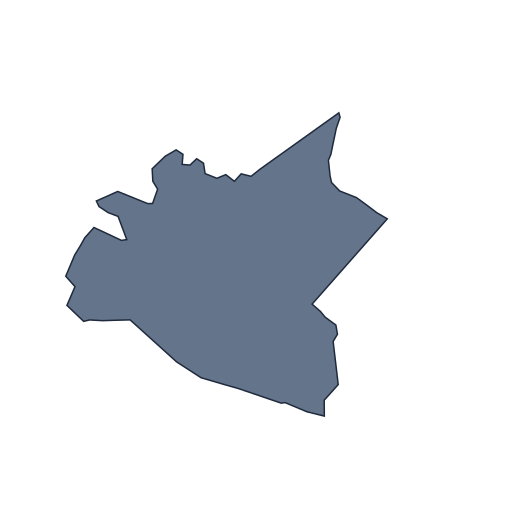 Abala, Tillabéri, Niger, rotated 131°
{"feature_id": "23599985B96366222257755", "entity_name": "Abala", "entity_type": "district", "adm_level": 2, "iso_a3": "NER", "parent_name": "Niger", "parent_adm1": "Tillabéri", "projection": "mercator", "projection_center": [3.603, 15.017], "detail": "fine", "context": "isolated", "style": "filled", "palette": "slate", "viewbox_px": 512, "rotation_deg": 131, "n_neighbors": 0, "source": "geoboundaries", "source_scale": "gbopen_adm2", "svg_char_len": 995}
<svg xmlns="http://www.w3.org/2000/svg" viewBox="0 0 512 512"><g transform="rotate(131 256 256)"><path d="M93.6,287.4L188.1,310.0L199.1,312.0L203.7,321.1L213.8,321.3L214.4,332.2L223.0,336.5L227.2,348.5L220.4,356.5L221.5,364.6L230.7,365.5L235.3,371.8L227.2,377.8L228.3,385.9L240.3,390.0L258.3,391.6L267.3,382.9L270.1,374.1L284.2,368.5L287.5,372.1L298.0,402.7L319.2,412.6L321.7,406.9L320.3,396.1L316.6,386.1L328.4,364.3L332.5,367.8L340.8,397.0L354.4,397.2L363.5,395.3L374.2,393.5L396.1,386.3L397.9,372.5L417.3,366.3L418.4,343.2L413.4,339.6L405.8,329.8L404.3,328.1L397.7,321.0L386.8,309.1L388.0,246.4L383.9,217.5L373.6,195.1L367.8,182.8L350.5,140.4L347.6,137.9L340.1,115.2L332.0,99.4L320.1,109.9L299.1,109.6L269.9,141.7L261.6,143.2L255.7,150.4L256.8,163.8L255.6,170.7L255.5,182.1L141.8,181.3L144.1,193.4L144.8,204.3L146.0,218.4L152.0,235.5L151.0,247.2L146.9,252.7L136.2,264.2L130.3,266.1L116.4,273.9L106.9,279.2L96.2,283.5L93.6,287.4Z" fill="#64748b" stroke="#1e293b" stroke-width="1.5"/></g></svg>